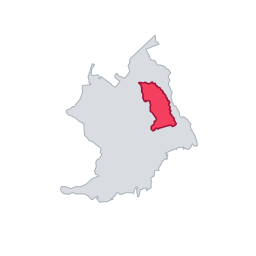 Colombia, with Caquetá highlighted, rotated 216°
{"feature_id": "COL-1403", "entity_name": "Caquetá", "entity_type": "Intendancy", "adm_level": 1, "iso_a3": "COL", "parent_name": "Colombia", "parent_adm1": "", "projection": "orthographic", "projection_center": [-73.824, 1.133], "detail": "fine", "context": "in_parent", "style": "filled", "palette": "rose", "viewbox_px": 256, "rotation_deg": 216, "n_neighbors": 0, "source": "natural_earth", "source_scale": "10m", "svg_char_len": 8228}
<svg xmlns="http://www.w3.org/2000/svg" viewBox="0 0 256 256"><g transform="rotate(216 128 128)"><path d="M145.3,43.2L143.0,44.1L138.5,45.3L135.4,50.4L133.3,51.3L130.7,54.3L128.8,58.0L127.3,65.6L123.4,72.1L123.8,72.4L125.3,72.1L126.8,71.4L127.3,71.6L127.8,72.7L129.6,73.0L131.0,78.2L133.7,80.9L134.0,81.9L134.4,84.1L133.4,85.4L133.2,90.2L134.0,91.4L136.1,91.9L137.4,94.9L138.3,95.6L139.5,96.0L142.4,95.6L147.8,96.1L149.1,96.0L152.1,95.0L155.9,96.2L158.7,96.4L166.4,105.5L167.1,105.2L168.1,105.7L170.0,104.8L171.7,104.7L173.9,105.1L176.7,105.1L182.5,104.2L183.4,103.6L186.5,104.2L187.5,104.8L188.0,106.5L187.6,107.6L186.5,108.6L185.9,110.0L185.8,111.6L185.3,112.8L184.2,113.6L183.9,114.8L184.1,116.3L183.6,123.1L184.1,123.7L184.4,126.5L185.8,130.2L186.4,131.2L187.6,132.1L189.6,135.1L189.2,136.1L184.0,140.8L183.7,141.9L184.7,141.5L186.3,141.9L186.9,143.0L190.8,146.3L190.7,147.6L191.8,150.0L191.7,150.6L194.4,157.6L194.5,159.1L192.2,159.5L192.1,154.8L191.8,153.8L189.3,149.7L188.7,149.3L187.0,149.8L184.2,152.9L182.9,153.4L181.8,152.9L180.8,151.1L180.1,150.8L179.4,152.3L180.3,153.7L167.8,153.7L165.4,153.1L162.0,153.8L162.0,161.0L167.9,161.0L169.5,163.1L169.4,164.7L169.6,165.3L168.2,165.7L166.1,164.6L162.5,165.9L159.8,166.2L159.6,174.1L161.2,176.1L164.4,178.2L164.8,179.6L164.6,180.9L165.4,182.6L166.4,183.5L166.4,184.5L166.9,185.7L160.6,218.9L158.4,216.9L157.7,215.1L156.6,214.3L154.5,214.9L152.3,214.0L159.5,202.7L159.3,201.7L153.3,198.9L152.6,198.2L149.8,196.8L148.2,197.2L147.3,197.9L145.1,198.2L143.3,197.0L141.2,196.2L138.6,198.1L137.9,198.1L136.1,198.9L134.1,199.2L131.6,198.4L129.6,199.0L128.1,198.8L127.6,198.2L125.8,197.6L125.6,196.8L126.1,195.4L125.3,192.7L125.1,192.2L123.7,192.2L122.1,191.2L121.7,190.6L122.1,189.4L121.8,188.5L120.2,186.3L118.0,185.7L115.9,183.9L113.8,183.2L112.9,181.9L112.0,179.0L109.8,176.7L108.3,175.9L107.8,174.8L106.2,174.7L104.1,173.2L103.1,173.1L102.5,173.8L100.5,173.0L98.8,171.9L97.1,171.6L95.9,170.9L93.9,168.8L91.7,167.8L90.4,168.1L89.9,169.7L89.2,170.0L86.6,169.6L86.2,169.9L85.5,169.9L82.4,168.7L79.3,168.3L78.5,165.6L76.6,164.6L76.0,163.4L74.6,163.5L69.3,161.1L67.1,159.4L65.3,158.5L63.3,156.6L63.0,155.8L61.5,154.7L62.3,153.3L64.1,152.3L66.4,153.1L66.7,151.5L65.9,150.0L66.3,146.7L66.9,146.0L68.2,145.3L69.0,145.6L69.5,145.0L71.5,145.3L72.0,145.1L73.5,143.7L74.1,142.7L74.8,142.8L76.4,141.0L76.1,139.2L77.6,138.8L79.2,135.9L79.8,135.9L80.2,134.5L82.9,129.7L81.9,130.2L80.9,129.9L81.0,128.3L80.7,128.1L79.8,129.3L79.1,128.1L79.3,126.0L78.1,126.4L78.1,125.9L79.9,124.4L80.7,120.8L80.1,119.5L79.7,114.2L79.4,113.2L78.0,111.9L80.3,110.4L81.1,109.2L80.1,106.9L78.8,104.9L78.7,103.7L79.5,103.8L79.9,100.6L79.1,99.3L78.2,99.3L75.2,94.4L74.2,93.4L75.0,91.1L75.9,90.1L75.7,88.3L76.3,88.4L77.6,90.0L78.1,89.8L80.2,88.2L80.2,86.8L81.9,85.3L79.6,80.4L78.9,79.6L79.8,78.0L80.3,78.1L81.2,79.7L82.6,80.7L84.7,83.4L85.6,84.1L85.0,84.7L84.8,85.3L85.1,85.7L86.3,85.8L86.8,85.0L86.5,81.7L86.0,80.0L84.9,78.8L85.3,78.3L87.4,77.5L91.9,74.3L93.5,71.3L94.6,70.2L96.0,69.5L97.6,69.7L98.8,69.3L99.2,68.3L98.4,66.3L99.4,63.4L99.3,62.0L100.0,61.1L99.8,60.8L98.1,61.8L99.8,59.8L101.0,56.7L107.5,51.3L111.7,52.6L113.0,52.5L111.3,53.2L111.0,54.0L111.6,54.8L112.3,55.0L112.8,54.5L114.2,51.4L114.4,49.6L115.0,49.0L115.9,48.8L120.1,49.6L124.0,49.3L130.3,44.8L135.1,42.9L136.3,41.1L136.6,39.7L137.4,39.1L138.3,39.1L138.9,38.4L141.1,37.2L143.4,37.1L145.9,38.1L147.1,39.9L147.3,41.2L145.3,43.2ZM71.5,144.7L71.2,144.9L70.7,144.5L70.5,144.0L70.8,143.5L71.3,143.7L71.5,144.7Z" fill="#d9dde1" stroke="#a8b0b8" stroke-width="1"/><path d="M103.9,144.9L104.3,144.8L105.2,144.1L105.6,143.7L105.6,143.2L105.3,142.9L105.1,142.7L105.0,142.2L105.2,141.9L105.4,141.5L105.8,140.9L106.3,140.5L106.4,140.3L106.5,140.3L106.7,140.2L107.8,140.6L108.3,140.7L108.5,140.7L108.7,140.8L108.9,141.0L109.0,141.1L109.3,141.9L109.5,142.2L109.7,142.4L109.9,142.5L110.0,142.8L110.0,143.2L109.4,145.6L109.3,146.1L109.3,146.5L109.4,146.9L109.5,147.2L109.6,147.5L110.3,148.2L110.5,148.4L110.6,148.7L110.6,148.9L110.5,149.1L110.4,149.3L110.1,149.6L109.9,149.9L109.8,150.2L109.8,150.6L109.9,151.1L110.1,151.6L110.5,152.1L110.9,152.4L117.4,154.7L117.8,154.7L118.2,154.7L119.2,154.6L120.1,154.8L120.2,155.1L121.3,156.8L121.5,157.0L122.1,157.5L122.4,157.9L122.5,158.1L122.6,158.3L122.8,158.7L122.8,158.8L122.8,159.1L122.8,159.3L123.4,160.0L124.5,160.9L124.8,161.3L125.2,161.4L125.3,161.5L125.5,161.8L125.6,162.0L125.8,162.1L126.0,162.3L126.6,162.5L126.8,162.5L127.0,162.4L127.3,162.3L127.4,162.2L127.6,162.0L127.8,161.8L128.0,161.5L128.2,161.4L128.5,161.2L128.8,160.8L128.8,160.7L128.8,160.4L128.9,160.2L128.9,159.9L129.1,159.7L129.3,159.6L129.5,159.5L129.8,159.6L130.0,159.8L130.1,160.0L130.4,159.6L130.6,159.4L130.8,159.4L131.1,159.5L131.3,159.6L131.6,159.9L132.5,160.5L132.8,160.6L133.1,160.6L133.3,160.7L133.8,161.2L133.9,161.3L133.9,161.6L134.0,161.9L134.0,162.1L134.2,162.3L134.3,162.3L134.5,162.4L134.6,162.6L134.6,162.9L134.7,163.0L134.8,163.0L135.0,162.9L135.1,163.1L135.1,163.3L135.1,163.5L135.2,163.8L135.5,163.9L135.6,164.0L135.8,164.4L135.9,164.5L136.6,164.6L136.8,164.6L137.3,164.8L137.5,165.0L137.6,165.3L138.1,165.3L138.3,165.4L138.4,165.7L138.4,166.1L138.5,166.3L138.8,166.4L138.9,166.2L139.1,166.4L139.2,166.5L139.3,166.7L139.3,166.9L139.2,167.0L139.2,167.3L139.5,167.5L140.0,167.8L140.2,168.0L140.1,168.4L140.1,168.6L140.3,168.7L140.6,168.5L140.8,168.5L141.0,168.9L141.1,169.0L141.4,169.1L141.5,169.2L141.7,169.6L141.9,169.8L143.0,170.3L143.5,170.6L143.8,170.6L144.0,170.5L144.3,170.6L144.5,170.6L144.8,170.5L145.2,170.7L145.6,170.8L145.9,171.1L145.2,171.9L144.6,172.2L142.6,173.1L141.9,173.5L141.5,174.0L141.3,174.5L141.2,174.8L140.9,175.1L140.6,175.2L140.2,175.3L138.7,175.3L138.3,175.3L138.1,175.4L137.6,175.9L137.1,176.2L136.9,176.3L136.6,176.9L136.4,177.2L136.1,177.4L135.9,177.7L135.9,178.1L135.9,178.4L135.9,178.8L135.8,179.0L135.7,179.2L135.4,179.4L134.9,179.5L134.5,179.2L134.2,178.9L133.8,178.7L133.6,178.8L133.2,179.1L132.7,179.7L132.6,179.9L132.4,180.1L132.0,180.0L131.7,179.8L130.6,178.9L130.3,178.7L129.9,178.8L129.5,179.1L128.8,179.2L127.5,178.4L126.9,178.8L126.6,179.1L126.4,179.2L126.1,179.2L125.7,179.3L125.3,179.2L124.8,178.9L124.4,178.5L124.1,178.2L123.9,178.2L123.7,178.3L123.2,178.4L122.7,178.4L122.3,178.4L121.4,178.3L121.3,178.2L121.2,178.1L121.1,177.8L121.0,177.7L120.9,177.7L120.7,177.7L120.4,177.6L120.5,177.3L120.5,177.2L120.4,177.2L120.2,177.1L119.9,176.9L119.7,176.8L119.2,177.0L118.9,177.1L118.0,176.9L117.2,176.7L116.7,176.4L116.4,176.3L116.1,175.9L115.5,175.4L115.3,175.3L115.1,175.4L114.9,175.4L114.7,175.4L114.6,175.1L114.4,175.0L114.2,175.0L113.9,175.1L113.7,174.9L113.6,174.5L113.5,174.4L113.5,174.2L113.3,174.2L113.0,173.9L112.7,173.9L112.3,174.1L112.2,174.1L112.1,173.9L112.0,173.6L111.8,173.5L111.7,173.6L111.5,173.9L111.4,174.0L111.2,173.9L110.8,173.9L110.6,173.9L110.4,173.9L110.2,173.8L110.0,173.7L109.9,173.4L109.7,173.2L109.6,173.3L109.4,173.2L109.2,173.0L109.2,172.9L109.0,172.5L109.1,172.4L109.3,172.1L109.1,171.9L108.9,171.8L108.9,171.7L109.1,171.5L109.1,171.4L109.1,170.9L108.8,170.6L108.4,170.4L107.2,170.2L106.5,169.8L106.0,169.6L105.9,169.5L105.9,169.1L105.7,168.6L105.7,167.7L105.6,167.4L105.2,167.4L104.9,167.4L104.7,167.4L104.7,167.2L104.4,167.0L104.1,167.2L103.8,167.2L103.5,167.2L103.4,166.9L103.2,166.5L103.2,166.4L103.3,166.0L103.3,165.8L103.2,165.6L102.9,165.3L102.8,165.1L102.8,164.8L102.8,164.7L102.7,164.6L102.3,164.4L102.1,164.4L101.5,164.4L100.5,164.4L100.1,164.2L99.4,163.5L99.0,163.3L98.5,163.2L97.8,163.3L97.6,163.3L97.4,163.2L97.2,163.1L96.9,163.0L96.5,163.0L96.3,162.8L95.7,162.1L95.6,161.9L95.6,161.7L95.5,161.4L95.4,161.3L95.2,161.2L94.8,161.3L94.6,161.3L94.3,161.2L94.1,161.1L92.9,160.2L92.3,160.2L91.8,160.1L91.6,160.0L91.5,159.9L91.4,159.6L91.5,158.0L91.5,157.9L91.7,157.6L91.8,157.4L91.9,157.1L92.1,156.5L92.6,155.8L92.8,155.5L93.0,155.3L93.7,155.4L94.3,155.5L94.6,155.5L94.8,155.4L95.1,155.3L95.3,155.1L95.4,154.9L95.6,154.7L96.2,154.3L96.4,154.2L96.5,153.9L96.7,153.6L97.5,152.9L98.0,152.1L98.7,151.1L99.5,150.3L100.4,149.0L100.7,148.4L101.0,148.0L101.2,147.8L101.7,147.4L101.8,147.3L102.2,146.9L102.4,146.7L102.5,146.3L102.9,145.1L103.1,144.8L103.2,144.7L103.3,144.7L103.8,144.9L103.9,144.9Z" fill="#f43f5e" stroke="#9f1239" stroke-width="1.5"/></g></svg>